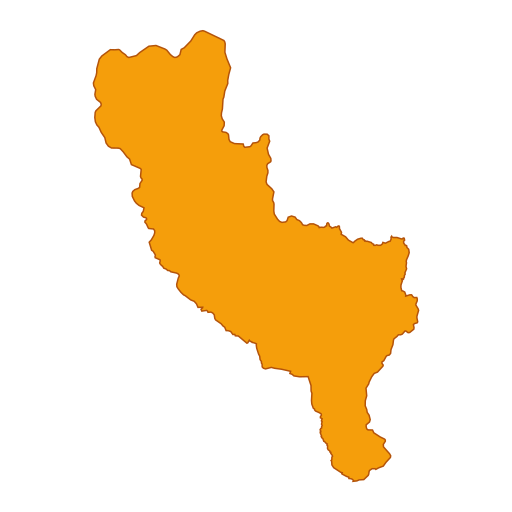 outline of Hang Dong, Chiang Mai, Thailand
{"feature_id": "78962969B1723139594347", "entity_name": "Hang Dong", "entity_type": "district", "adm_level": 2, "iso_a3": "THA", "parent_name": "Thailand", "parent_adm1": "Chiang Mai", "projection": "albers", "projection_center": [98.893, 18.724], "detail": "fine", "context": "isolated", "style": "filled", "palette": "amber", "viewbox_px": 512, "rotation_deg": 0, "n_neighbors": 0, "source": "geoboundaries", "source_scale": "gbopen_adm2", "svg_char_len": 6064}
<svg xmlns="http://www.w3.org/2000/svg" viewBox="0 0 512 512"><path d="M230.6,67.8L226.9,58.8L224.9,52.3L225.2,43.9L224.8,42.0L223.9,40.5L204.6,31.2L202.9,30.7L200.1,31.2L196.7,32.8L194.7,34.8L190.8,41.0L184.2,47.8L181.2,49.4L179.9,54.7L177.7,56.6L176.2,57.3L174.4,57.4L172.7,56.5L170.3,54.5L166.8,50.2L164.9,49.0L156.0,45.5L148.9,46.2L139.8,52.5L136.4,55.6L128.8,57.5L126.9,56.6L125.5,54.8L122.1,52.4L119.6,49.9L118.6,49.5L114.9,49.8L110.3,49.7L101.8,56.0L99.3,59.2L96.8,68.6L96.7,72.7L96.1,75.6L93.4,83.0L93.8,85.8L95.7,89.6L94.9,94.3L95.2,96.3L96.6,99.3L100.5,102.4L101.2,104.1L101.0,105.8L95.9,110.8L95.2,112.4L94.8,117.5L95.4,121.8L96.9,125.0L99.0,127.4L101.2,132.3L104.8,137.6L106.1,143.0L108.4,146.2L111.5,148.0L118.3,148.1L120.2,148.6L123.2,151.8L126.9,156.8L129.6,159.1L131.4,164.6L140.2,168.4L141.2,169.4L140.5,176.4L141.0,177.9L142.0,179.0L142.2,180.2L140.0,183.5L139.6,187.4L138.2,188.4L134.9,189.6L132.8,191.4L132.1,193.1L132.3,196.4L134.5,200.9L136.3,203.2L139.0,205.4L144.0,207.8L143.3,211.3L141.8,213.3L141.5,215.1L143.5,217.1L145.8,217.7L146.5,218.3L146.6,219.5L145.0,220.9L144.9,222.2L146.4,223.9L148.2,227.8L148.8,228.5L153.5,229.0L154.7,230.7L154.7,232.9L153.9,235.4L151.3,239.9L149.2,242.2L151.6,250.2L153.2,251.3L155.4,255.0L155.0,256.7L155.2,257.7L160.0,259.8L160.2,260.9L159.7,262.9L160.0,263.7L161.6,265.6L162.5,266.1L163.8,268.2L166.0,269.0L167.8,270.5L169.5,270.6L170.8,271.8L176.6,273.1L178.3,274.0L179.0,275.0L179.3,275.9L178.3,278.0L176.7,284.2L176.9,286.7L178.1,288.7L181.0,292.4L183.6,294.9L185.1,295.6L190.7,299.9L194.2,301.3L196.5,303.9L198.0,307.4L202.7,307.2L202.6,307.8L201.0,309.3L201.8,311.1L206.7,310.4L207.4,311.0L208.0,312.3L210.9,312.1L212.6,312.9L214.2,314.7L214.8,318.4L215.6,319.9L221.2,323.8L223.0,326.0L224.7,327.2L226.1,330.6L228.3,330.7L230.7,331.5L232.9,334.5L234.8,334.4L235.3,335.8L238.3,336.0L246.9,343.2L247.8,342.8L249.3,340.2L250.3,341.4L251.8,341.8L252.0,342.4L254.3,342.9L256.4,343.8L256.3,345.4L256.7,348.2L258.6,354.1L259.7,356.2L260.1,359.6L261.4,361.5L261.4,363.0L262.1,364.2L262.2,366.9L263.4,368.2L265.5,368.9L271.3,367.4L274.7,368.3L281.4,369.2L290.6,371.3L289.9,373.5L292.1,374.3L293.9,375.9L299.6,376.8L308.1,376.6L311.0,385.5L311.1,391.0L311.9,393.3L311.5,400.6L311.8,404.0L313.3,408.2L314.5,409.0L314.6,409.9L315.5,411.0L319.1,412.6L321.0,413.7L321.3,414.4L321.4,415.2L320.4,416.7L320.4,417.8L322.1,418.7L321.4,420.9L322.1,421.6L321.5,424.2L322.2,425.4L321.6,426.6L321.6,428.0L320.7,428.6L320.1,429.8L320.6,430.4L320.3,431.2L320.8,431.5L320.6,432.4L320.2,432.7L321.5,435.9L321.2,436.5L321.6,436.9L321.6,437.6L322.8,438.5L323.8,441.3L324.5,441.5L326.0,443.2L327.3,444.0L326.9,445.0L327.6,445.7L327.5,448.4L328.1,449.7L329.8,451.0L330.0,452.1L330.8,452.3L330.8,453.4L332.3,455.4L332.5,456.3L331.9,457.1L331.8,459.6L331.1,460.6L331.6,461.0L331.9,464.9L333.7,467.7L340.9,472.4L342.2,472.7L341.8,473.7L342.0,474.0L346.5,476.4L348.8,477.2L348.9,478.5L351.3,478.8L352.3,479.3L353.6,480.6L353.2,481.3L356.9,480.9L359.1,479.9L363.8,479.6L368.2,475.4L368.7,474.2L369.1,471.4L369.6,470.4L372.1,468.7L375.1,468.7L375.8,469.4L378.7,467.8L383.3,466.1L385.9,462.4L390.4,457.5L390.7,455.8L389.6,453.8L383.5,446.9L383.3,444.4L385.3,441.3L385.3,440.0L384.6,439.1L380.1,436.9L373.8,432.8L372.5,430.0L368.1,429.9L367.1,429.3L366.5,428.2L366.1,426.2L366.2,424.8L369.5,422.0L370.2,419.6L369.1,415.2L367.2,412.4L366.7,409.4L365.2,405.8L365.3,400.7L366.7,395.8L366.0,388.2L368.7,383.9L369.1,382.1L371.7,376.8L374.2,373.4L377.5,372.1L382.9,366.2L383.2,365.1L381.9,363.3L382.0,361.9L383.8,360.7L386.2,356.3L387.0,355.6L389.3,355.0L390.6,353.4L391.0,349.6L392.9,344.7L393.5,340.0L394.0,338.8L397.0,336.4L398.4,334.8L400.6,334.8L402.3,334.1L405.0,331.0L405.8,331.0L408.1,332.7L409.7,332.5L413.8,329.2L414.0,327.6L413.4,324.6L414.5,323.6L417.2,322.8L417.7,321.8L416.9,317.9L416.9,316.3L418.6,310.4L418.1,308.8L415.9,305.1L415.9,304.0L417.2,300.9L417.3,299.0L416.8,297.5L414.2,297.6L412.8,296.6L411.6,294.8L409.9,294.8L405.7,296.1L405.8,295.0L404.7,292.0L402.7,290.9L401.7,290.7L400.9,287.3L401.0,285.0L402.3,281.0L401.6,278.9L402.5,278.9L403.1,279.4L403.6,278.9L403.6,278.1L404.3,277.2L404.4,275.5L405.2,274.1L404.9,272.9L406.6,268.8L406.0,266.4L406.5,262.8L406.2,261.5L406.5,259.8L408.2,255.9L409.2,252.7L408.7,249.3L406.9,247.5L406.7,245.8L406.1,245.4L405.2,245.5L405.0,244.8L403.7,243.2L403.6,241.2L404.6,240.2L404.3,238.5L403.9,238.0L403.1,238.1L402.9,238.8L401.4,238.9L397.0,237.5L393.4,237.5L391.8,236.9L391.6,236.3L391.0,237.1L391.1,239.2L390.1,241.3L389.0,241.4L385.4,243.2L382.9,242.4L382.4,243.9L380.6,245.3L377.8,245.3L376.8,244.8L375.2,245.4L373.8,245.3L373.6,244.2L372.3,243.7L371.3,242.5L367.1,241.2L366.1,241.4L365.6,240.9L364.7,241.0L364.4,239.9L363.3,239.7L362.3,238.2L361.0,238.2L357.6,239.2L354.5,241.4L353.5,242.6L353.0,242.7L348.4,240.1L345.6,236.8L341.2,234.3L341.5,232.3L339.5,228.7L339.4,226.6L338.9,225.9L337.9,226.2L336.6,227.3L335.7,226.8L331.9,228.1L331.0,227.1L329.5,226.2L329.0,224.1L328.3,223.0L327.7,222.8L326.9,223.4L326.5,225.9L325.5,226.1L324.7,227.1L323.6,227.4L321.0,227.2L319.2,227.6L319.0,226.8L318.1,225.9L313.6,223.9L309.9,223.9L306.8,225.5L304.0,225.3L302.6,224.7L301.4,222.6L299.5,220.7L296.8,219.5L295.1,217.1L291.5,216.0L288.2,217.2L287.1,220.6L285.7,221.9L281.9,222.4L279.6,221.4L277.6,219.3L274.3,214.1L273.8,211.0L274.0,204.2L273.7,202.6L272.6,200.7L272.5,199.0L273.9,191.9L271.8,188.8L267.0,184.4L266.1,181.9L266.8,176.2L267.9,172.9L267.9,170.4L266.9,167.5L266.8,165.4L267.7,163.7L270.6,161.8L271.0,160.9L270.8,158.4L268.5,154.3L267.1,148.1L269.7,141.2L268.9,139.1L268.9,135.8L267.2,134.2L264.0,134.1L262.7,134.7L260.7,136.7L260.0,138.1L259.8,140.1L257.9,142.1L255.9,142.7L252.9,143.0L251.0,145.9L249.9,146.7L244.8,147.3L243.8,146.3L243.2,144.0L234.5,143.6L230.2,141.7L229.0,139.5L228.5,134.8L227.9,133.7L226.0,132.4L222.8,131.9L221.9,131.3L221.8,130.1L224.1,125.8L224.2,124.6L224.3,122.1L222.2,118.8L221.3,115.7L221.5,112.8L222.4,109.0L223.0,99.2L223.8,97.2L224.8,91.0L227.8,83.5L227.7,80.4L228.8,74.4L230.6,67.8Z" fill="#f59e0b" stroke="#b45309" stroke-width="1.5"/></svg>